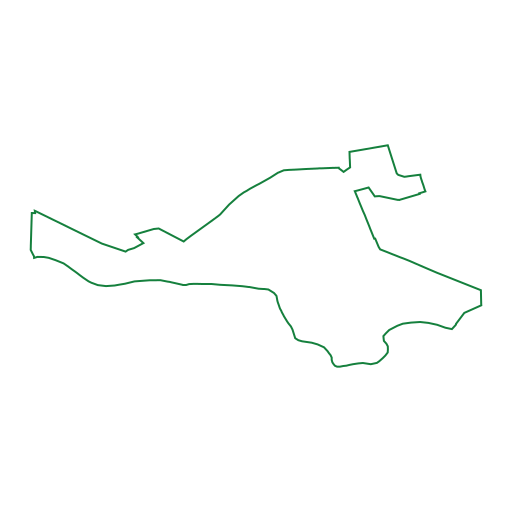 Mazsalaca, Mazsalacas, Latvia
{"feature_id": "27541924B66896474397363", "entity_name": "Mazsalaca", "entity_type": "district", "adm_level": 2, "iso_a3": "LVA", "parent_name": "Latvia", "parent_adm1": "Mazsalacas", "projection": "natural_earth1", "projection_center": [25.053, 57.863], "detail": "fine", "context": "isolated", "style": "outline", "palette": "green", "viewbox_px": 512, "rotation_deg": 0, "n_neighbors": 0, "source": "geoboundaries", "source_scale": "gbopen_adm2", "svg_char_len": 3625}
<svg xmlns="http://www.w3.org/2000/svg" viewBox="0 0 512 512"><path d="M451.9,329.1L455.5,325.2L456.0,324.4L456.0,323.9L464.3,312.9L481.3,305.3L481.2,303.8L480.9,290.2L438.6,273.4L437.3,272.9L426.3,268.2L415.2,263.4L413.2,262.5L411.1,261.6L410.6,261.4L410.2,261.2L409.0,260.7L408.5,260.5L403.5,258.5L400.2,257.3L394.2,254.9L393.1,254.5L386.9,252.0L380.2,249.4L379.5,248.3L378.6,246.8L375.2,238.6L374.2,238.7L373.9,237.9L373.6,237.2L372.4,234.2L371.2,231.2L370.2,228.8L369.3,226.4L367.8,222.7L366.3,219.0L364.8,215.1L362.9,210.9L360.9,206.0L360.0,203.9L357.7,198.1L357.6,197.9L357.5,197.6L357.3,197.3L357.2,197.0L356.4,195.0L355.5,192.9L355.2,192.0L354.8,191.2L356.4,190.8L361.7,189.4L368.6,187.5L373.9,195.1L374.2,195.6L374.5,196.0L374.8,196.4L377.2,196.2L379.6,196.1L397.8,199.9L399.0,199.9L399.2,200.0L399.6,199.9L400.7,199.5L401.8,199.2L408.9,197.1L418.7,194.2L419.6,193.9L419.3,193.3L419.6,193.2L419.9,193.1L422.6,192.3L425.4,191.4L424.6,189.3L423.6,186.1L423.5,185.7L423.4,185.4L422.8,183.7L422.2,182.1L421.9,181.0L421.5,179.9L420.9,178.0L420.4,176.0L420.4,175.3L420.3,174.7L419.5,174.8L408.6,176.2L406.1,176.6L404.3,176.8L398.3,174.9L397.6,174.3L396.7,173.3L390.2,152.9L387.8,145.3L387.1,145.4L361.8,149.8L349.5,151.9L349.7,158.5L349.8,159.9L350.1,167.4L346.8,169.6L343.6,171.9L341.3,170.1L339.0,168.4L338.9,168.0L338.8,167.7L337.2,167.8L335.6,167.8L333.9,167.9L332.1,167.9L322.4,168.3L319.7,168.3L317.4,168.5L306.2,169.0L300.9,169.3L295.7,169.6L288.9,169.9L283.8,170.3L280.7,171.6L278.6,172.5L278.0,172.7L274.1,175.2L270.2,177.7L259.5,183.7L259.2,183.8L259.0,184.0L257.9,184.5L256.9,185.0L249.9,188.8L249.0,189.4L248.1,189.9L247.6,190.3L247.1,190.6L246.7,190.8L246.4,191.0L243.8,192.4L238.7,196.0L229.2,204.5L223.9,210.3L220.2,214.4L218.5,215.8L212.8,220.0L200.5,228.9L191.2,235.6L186.4,239.2L183.7,241.5L183.5,241.4L158.7,228.5L153.8,229.0L136.0,234.2L135.1,234.4L137.8,237.1L137.2,237.4L143.4,243.1L134.1,248.1L128.1,249.9L125.6,251.6L101.9,243.6L84.7,235.2L35.7,211.2L34.8,210.8L35.1,213.1L31.8,213.0L30.8,245.9L30.8,246.9L30.7,249.9L33.0,254.5L34.0,256.3L34.1,257.9L37.4,256.9L43.8,257.0L48.5,257.8L49.2,258.0L53.3,259.4L55.4,260.1L59.4,261.7L63.6,263.4L68.8,267.0L69.4,267.5L72.4,269.7L75.1,271.6L77.4,273.3L79.7,275.1L83.2,277.7L88.5,281.3L91.5,282.8L92.4,283.1L97.8,285.1L106.0,286.1L114.7,285.5L119.1,284.7L125.1,283.7L134.5,281.4L143.9,280.7L149.3,280.3L160.4,280.2L160.5,280.2L164.0,280.9L167.6,281.6L169.8,281.9L171.3,282.3L174.5,283.0L182.4,284.8L182.9,285.0L186.1,285.0L189.1,284.1L192.9,283.9L194.5,283.9L196.7,283.9L198.2,283.9L202.4,284.0L203.0,284.0L211.1,284.0L211.5,284.0L220.2,284.8L226.1,285.1L232.1,285.4L237.2,285.8L242.3,286.2L245.6,286.6L248.6,287.0L249.3,287.0L258.5,288.7L263.1,289.0L264.3,289.0L265.2,289.1L268.4,289.5L274.0,293.0L276.3,295.7L276.5,296.0L277.4,300.9L277.9,302.6L278.7,304.8L279.5,307.2L279.7,307.8L280.1,308.8L281.2,310.7L281.9,312.4L282.8,314.0L283.6,315.5L283.8,316.0L285.2,318.3L286.6,320.6L286.9,321.1L287.2,321.6L287.8,322.4L288.3,323.2L289.6,324.8L290.9,326.4L292.5,329.6L295.2,338.2L298.3,340.2L302.1,341.3L311.7,342.7L317.6,344.4L324.0,347.3L327.6,351.2L328.9,353.1L330.6,355.2L331.7,357.6L331.7,359.9L332.4,362.4L333.7,364.3L335.0,365.8L337.2,366.7L338.3,366.7L339.8,366.7L343.3,366.0L346.3,365.7L349.5,364.9L353.0,364.2L358.4,363.4L362.9,363.0L370.8,364.2L376.9,362.9L379.3,361.2L382.7,358.2L385.3,355.6L387.7,352.5L387.9,349.4L387.8,346.3L386.4,343.7L383.9,340.9L383.6,338.3L383.4,336.1L385.8,333.4L389.2,330.0L397.3,325.8L402.8,323.7L411.0,322.6L420.1,322.0L428.4,322.9L437.2,324.8L445.3,327.7L451.9,329.1Z" fill="none" stroke="#15803d" stroke-width="2"/></svg>